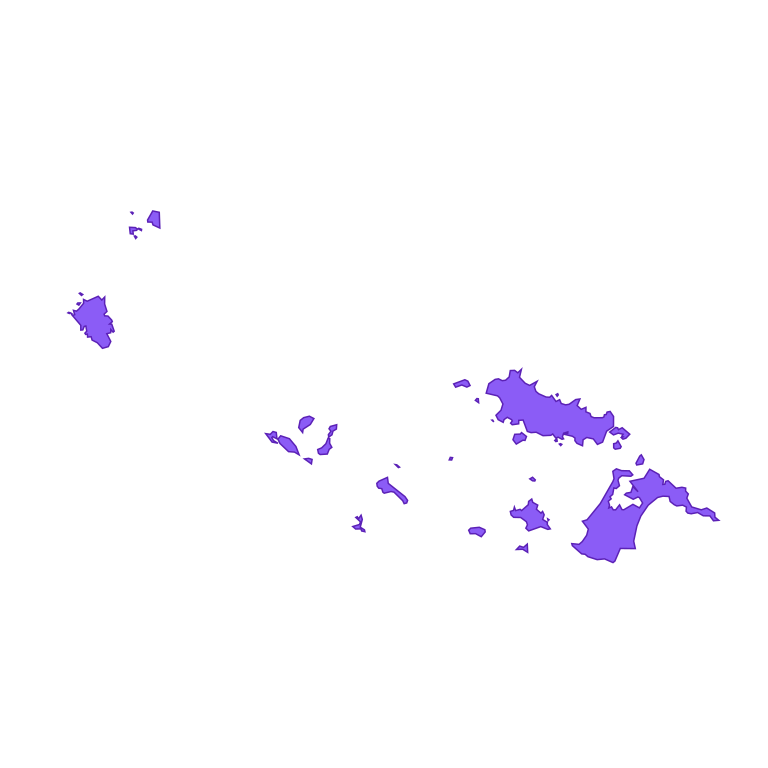 the district of Co To, Vietnam, rotated 254°
{"feature_id": "81297802B76384767601248", "entity_name": "Co To", "entity_type": "district", "adm_level": 2, "iso_a3": "VNM", "parent_name": "Vietnam", "parent_adm1": "", "projection": "robinson", "projection_center": [107.847, 21.097], "detail": "fine", "context": "isolated", "style": "filled", "palette": "violet", "viewbox_px": 768, "rotation_deg": 254, "n_neighbors": 0, "source": "geoboundaries", "source_scale": "gbopen_adm2", "svg_char_len": 6194}
<svg xmlns="http://www.w3.org/2000/svg" viewBox="0 0 768 768"><g transform="rotate(254 384 384)"><path d="M188.2,540.4L182.7,537.1L177.9,531.2L176.1,527.3L178.8,520.5L176.7,520.5L166.2,527.2L164.9,530.4L161.8,532.4L156.4,540.5L155.1,547.8L149.2,554.9L150.1,557.1L160.8,565.8L156.5,580.2L164.1,580.7L177.9,588.0L186.3,594.5L194.7,604.6L199.5,615.7L199.3,621.2L197.3,627.0L192.2,626.7L188.0,629.7L186.1,631.8L185.2,637.7L182.3,640.8L178.5,639.3L176.2,640.4L174.6,643.5L174.0,650.1L169.3,654.6L167.4,660.9L161.7,663.0L160.7,668.2L164.8,665.4L168.9,666.3L175.8,660.1L175.6,654.3L181.0,645.9L190.8,643.6L194.4,646.2L197.9,644.4L200.8,645.3L202.6,641.9L203.3,636.0L212.7,630.4L212.7,627.9L210.2,626.3L210.6,624.3L214.8,626.3L219.0,623.2L221.2,623.4L228.8,615.9L221.7,608.0L222.7,593.6L210.4,598.5L216.8,594.9L211.8,591.5L212.3,586.9L211.2,584.8L204.5,591.8L205.4,596.9L204.4,598.2L198.3,599.8L194.5,595.4L199.7,590.1L197.0,579.8L197.7,578.1L202.9,577.1L199.2,572.0L199.8,569.7L203.2,568.8L202.9,565.9L205.3,567.4L209.5,567.3L211.0,570.7L213.3,570.1L214.8,573.4L220.7,576.3L219.5,578.4L221.3,582.3L227.0,582.4L228.8,583.7L230.3,587.3L227.3,595.9L228.1,598.1L232.9,595.9L235.2,588.5L238.4,584.0L237.0,579.9L229.6,579.0L227.1,577.1L209.5,559.0L197.5,541.8L197.4,536.9L188.2,540.4ZM357.8,492.1L355.4,484.9L347.0,479.7L341.3,489.9L338.8,491.4L332.0,492.8L326.5,489.2L323.1,483.0L318.3,483.9L314.3,488.0L316.7,489.6L318.0,493.3L314.6,496.8L313.1,497.1L311.5,494.9L309.5,496.0L308.6,502.5L311.9,503.5L311.0,507.8L298.9,508.7L296.7,512.0L295.7,517.0L290.5,522.6L288.7,530.2L289.4,532.4L284.8,534.2L284.9,536.7L281.8,539.9L281.8,541.5L284.0,540.9L287.2,543.1L287.3,547.5L286.0,547.1L286.2,543.0L281.8,550.8L279.4,552.7L276.9,551.9L273.8,553.1L269.9,557.8L275.5,560.0L276.7,564.2L273.5,570.1L267.1,572.5L267.9,578.1L277.3,585.0L279.9,592.9L289.5,595.7L295.3,593.8L295.5,590.7L293.4,589.2L293.7,587.4L291.7,586.3L291.4,584.7L293.6,576.7L295.6,574.1L298.9,573.9L301.6,570.4L305.9,571.7L305.3,566.6L310.0,563.7L315.6,568.2L316.2,564.0L313.5,556.4L313.9,552.8L316.4,549.0L320.5,548.5L319.8,544.5L326.8,542.0L325.6,539.6L326.8,536.2L331.9,530.1L335.0,528.0L339.9,527.7L344.4,531.9L342.5,523.6L345.8,519.9L353.1,516.1L360.2,520.1L357.9,515.7L361.1,513.3L362.1,509.1L356.3,506.3L354.1,501.9L354.6,498.6L357.4,495.5L357.8,492.1ZM535.9,105.8L535.7,103.4L524.0,108.7L519.4,107.4L519.0,109.4L522.0,111.7L521.9,113.4L516.7,112.8L515.3,110.5L513.9,110.9L513.7,112.6L510.8,112.0L510.2,115.5L506.7,115.5L502.7,119.8L495.9,123.2L495.9,129.3L500.2,133.1L508.8,131.4L508.6,135.4L511.6,136.4L508.5,137.9L509.1,139.2L516.5,138.8L517.3,136.7L518.8,140.0L520.4,139.9L525.4,137.4L526.5,134.3L528.3,134.2L530.1,137.7L537.9,137.5L544.6,139.5L542.5,135.9L547.1,133.5L545.4,121.5L548.1,118.5L544.4,117.5L540.1,111.3L538.8,108.5L540.4,105.8L535.9,105.8ZM229.7,475.4L226.8,473.7L226.7,470.3L223.1,470.1L220.1,471.9L218.0,478.6L212.4,482.9L209.1,483.1L206.3,480.6L202.9,482.6L203.7,495.4L199.1,501.4L198.9,503.9L203.9,502.2L206.0,502.9L210.1,499.2L214.1,501.9L217.8,501.3L216.6,499.3L221.6,496.0L225.2,498.4L229.2,494.4L232.7,494.3L231.3,490.7L228.2,489.4L224.4,481.4L226.0,480.3L226.0,475.7L229.7,475.4ZM292.0,352.4L290.5,349.7L287.6,349.3L285.3,350.2L284.0,353.0L280.3,353.1L279.0,354.1L278.7,361.1L277.3,363.8L266.7,369.8L263.4,370.4L263.4,373.0L265.6,374.6L270.0,373.1L287.3,360.7L293.3,361.6L292.0,352.4ZM360.2,266.8L355.5,267.6L345.3,273.6L343.2,279.2L339.3,282.9L348.2,282.1L357.5,278.0L362.7,270.4L360.2,266.8ZM372.1,293.4L365.6,290.0L359.8,292.4L362.9,293.8L365.4,302.0L370.1,307.1L373.6,303.4L373.8,297.5L372.1,293.4ZM614.1,209.4L606.8,201.9L604.8,201.6L603.5,205.7L600.6,205.8L595.7,211.5L611.0,215.3L614.1,209.4ZM347.3,315.3L342.6,311.7L339.8,306.5L339.3,302.2L335.5,301.9L333.8,303.2L332.3,310.2L336.3,313.3L337.5,316.4L342.0,315.4L346.4,316.8L347.3,315.3ZM278.4,594.8L275.6,587.7L271.8,590.6L272.2,595.6L269.8,600.0L268.3,598.3L267.3,599.3L267.1,597.3L265.1,598.5L265.2,601.6L268.0,606.4L276.3,600.9L275.5,596.8L277.5,596.5L278.4,594.8ZM216.1,440.8L220.0,436.1L221.5,427.6L220.1,425.1L216.3,425.6L214.9,430.8L210.4,435.4L213.9,440.5L216.1,440.8ZM299.6,495.8L294.9,492.6L289.8,494.6L291.7,502.0L290.9,504.0L294.3,506.5L299.4,502.8L298.3,501.2L299.6,495.8ZM364.9,451.0L361.2,452.0L361.6,458.5L358.2,462.8L358.8,466.3L363.6,465.4L365.8,462.9L364.9,451.0ZM367.0,260.8L368.9,256.6L359.0,260.4L356.3,265.7L360.1,262.2L363.4,261.4L364.1,262.4L360.8,266.0L367.1,267.1L368.9,264.2L367.0,260.8ZM255.7,321.7L255.6,314.7L252.4,316.8L251.1,321.9L248.9,322.0L247.3,324.9L249.2,325.0L252.9,321.7L259.8,325.8L264.2,325.8L261.5,322.4L263.8,321.7L263.5,320.1L258.0,323.4L255.7,321.7ZM353.2,320.0L350.7,316.6L348.2,316.2L349.5,320.0L352.8,322.0L353.8,325.8L357.9,327.3L358.0,320.7L356.1,318.8L353.2,320.0ZM239.7,613.1L245.0,611.8L244.2,610.0L238.4,604.4L236.5,604.6L235.9,610.6L239.7,613.1ZM258.4,594.7L264.9,593.2L263.2,591.0L263.3,588.3L259.3,587.2L257.6,588.3L257.1,593.3L258.4,594.7ZM190.6,477.6L188.5,473.1L190.8,469.8L188.4,465.7L186.9,471.8L182.6,475.7L190.6,477.6ZM604.8,182.6L598.4,181.5L597.2,184.3L600.4,184.8L599.9,188.6L600.9,189.7L602.9,188.1L604.8,182.6ZM333.3,291.1L333.9,286.9L327.2,292.2L331.3,294.1L333.3,291.1ZM250.1,503.0L253.4,501.1L252.6,498.0L250.0,500.1L249.2,502.2L250.1,503.0ZM294.3,429.6L295.2,427.5L293.1,425.8L292.3,428.1L294.3,429.6ZM344.4,469.3L343.1,467.3L340.0,469.8L343.8,470.6L344.4,469.3ZM545.6,114.5L546.3,111.9L545.5,110.9L543.9,112.4L545.6,114.5ZM299.8,376.0L302.8,374.0L303.4,372.7L299.7,374.8L299.8,376.0ZM283.7,535.0L282.7,532.6L281.3,533.3L281.3,534.7L283.7,535.0ZM553.1,119.1L555.3,117.1L555.1,116.1L552.5,117.6L553.1,119.1ZM593.3,186.9L594.9,185.8L595.0,184.8L592.3,185.4L593.3,186.9ZM326.8,548.3L326.4,546.5L324.5,547.1L325.5,548.5L326.8,548.3ZM599.5,193.6L601.3,191.2L601.0,190.4L598.4,193.1L599.5,193.6ZM617.5,190.1L618.7,189.2L618.8,188.1L616.7,189.1L617.5,190.1ZM277.0,538.3L278.0,537.2L277.9,536.0L276.1,536.9L277.0,538.3ZM317.3,479.1L319.4,478.5L319.5,477.8L317.3,479.1ZM208.0,505.2L209.2,504.2L207.4,504.1L208.0,505.2ZM537.3,103.5L538.6,102.4L537.1,102.9L537.3,103.5ZM539.0,101.9L539.8,100.6L539.5,99.8L538.5,101.0L539.0,101.9Z" fill="#8b5cf6" stroke="#5b21b6" stroke-width="1.5"/></g></svg>